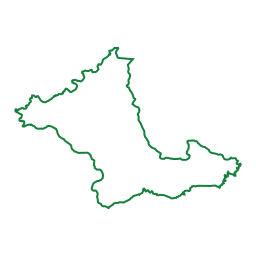 the district of Carrillo, Guanacaste, Costa Rica
{"feature_id": "36466004B81157491697278", "entity_name": "Carrillo", "entity_type": "district", "adm_level": 2, "iso_a3": "CRI", "parent_name": "Costa Rica", "parent_adm1": "Guanacaste", "projection": "mercator", "projection_center": [-85.608, 10.481], "detail": "fine", "context": "isolated", "style": "outline", "palette": "green", "viewbox_px": 256, "rotation_deg": 0, "n_neighbors": 0, "source": "geoboundaries", "source_scale": "gbopen_adm2", "svg_char_len": 5789}
<svg xmlns="http://www.w3.org/2000/svg" viewBox="0 0 256 256"><path d="M228.0,174.4L228.2,173.0L228.6,172.4L228.9,173.3L233.4,174.7L234.5,175.8L235.4,175.7L235.3,174.8L234.3,174.2L234.2,173.6L234.5,173.1L235.6,172.6L235.4,171.6L236.5,171.2L237.7,170.2L237.2,169.0L237.0,167.8L237.4,167.7L238.5,168.4L239.0,166.3L240.1,165.9L240.6,164.9L240.6,164.0L240.3,163.7L239.9,163.8L239.4,164.5L239.1,164.6L237.4,164.1L236.7,163.6L236.7,163.1L238.0,161.0L236.4,160.0L235.8,158.6L234.7,158.1L232.0,158.4L231.0,157.6L230.6,157.8L229.8,159.0L227.9,159.6L226.7,159.6L224.6,159.2L223.4,157.7L222.8,155.8L222.2,155.1L220.3,154.4L218.2,154.7L216.7,153.9L212.2,153.0L210.4,152.3L209.6,151.7L209.0,150.1L207.9,149.2L206.1,148.0L204.9,147.0L202.9,146.7L200.6,145.5L199.1,144.0L197.9,143.1L197.2,141.7L196.7,141.3L195.3,141.2L194.3,140.5L188.7,140.7L187.9,141.0L187.3,141.6L187.8,143.5L188.6,144.4L188.8,146.0L188.6,148.4L187.0,151.5L186.8,153.1L187.2,154.1L189.4,155.3L189.6,155.5L189.6,156.5L189.0,158.0L187.1,159.4L185.6,159.9L182.2,159.8L180.3,158.5L177.1,159.0L173.9,159.0L170.6,158.6L167.7,157.8L165.5,157.9L164.4,158.8L162.3,158.8L161.0,158.5L160.2,157.9L160.0,157.5L160.0,156.2L160.7,154.1L160.7,153.3L156.7,150.9L156.0,149.8L154.6,148.6L152.9,148.1L151.5,147.3L149.2,145.1L148.5,143.6L148.5,141.9L148.3,141.5L147.2,140.1L146.7,138.8L145.0,136.7L144.4,134.5L144.3,131.2L142.3,127.4L140.9,123.9L138.5,120.0L138.7,117.7L138.5,116.2L137.8,114.8L137.8,113.9L139.0,112.3L139.3,111.1L139.3,109.2L138.3,107.4L135.8,106.5L132.5,104.2L132.5,103.4L135.2,99.5L135.2,98.9L134.2,98.4L133.5,97.7L133.2,96.0L132.7,94.5L131.8,93.3L131.5,92.2L129.9,90.3L129.1,88.1L128.8,87.6L127.5,87.0L126.8,86.1L126.8,85.7L127.2,85.1L128.1,84.7L128.8,83.1L128.8,82.1L128.4,81.1L128.5,80.0L129.4,78.4L130.2,75.7L129.7,74.1L128.9,73.3L128.2,72.1L128.3,70.7L128.8,68.9L128.0,65.6L128.0,64.7L132.9,59.2L118.9,58.0L117.8,57.5L117.2,56.5L116.9,55.1L116.0,53.5L115.9,52.2L116.6,50.7L118.2,48.4L118.0,47.9L114.5,48.0L113.7,48.9L111.6,50.6L110.7,50.5L109.4,50.8L109.7,52.7L110.4,53.8L110.2,54.6L109.8,54.7L109.1,54.3L107.9,56.3L105.6,58.0L104.4,58.5L102.9,59.7L102.2,62.7L100.7,64.7L100.0,64.7L99.4,64.2L98.7,64.2L98.4,64.5L97.4,66.6L98.0,67.6L98.4,69.5L96.4,71.6L95.3,72.0L92.5,72.2L91.6,70.0L91.1,69.8L88.6,71.0L86.5,70.9L85.2,70.5L84.6,71.0L82.5,71.5L82.1,72.0L82.3,72.6L82.2,73.1L82.9,73.3L83.4,74.0L83.2,74.7L83.5,75.1L83.6,75.7L84.1,76.4L84.2,77.1L84.0,78.2L82.3,80.5L81.1,81.4L80.6,81.4L79.1,80.8L78.1,81.0L75.2,79.8L73.9,80.3L73.4,80.0L72.4,80.5L72.0,81.2L72.4,81.9L72.4,82.6L73.5,82.9L73.9,83.4L74.8,83.4L75.4,83.7L76.8,85.0L77.0,85.9L76.9,86.9L75.7,89.3L72.7,91.2L71.6,91.8L70.2,91.9L69.3,91.3L69.1,90.7L67.4,89.2L65.8,88.7L64.6,90.4L64.5,91.3L63.6,91.4L63.2,92.2L62.9,92.3L63.0,93.3L62.0,93.5L61.7,94.1L58.6,94.1L58.3,94.7L57.8,95.2L55.7,95.2L55.6,96.0L54.3,95.9L53.9,96.9L52.6,97.6L51.3,99.1L50.1,99.6L48.6,100.7L45.3,102.2L43.1,102.1L40.8,100.4L38.1,96.3L37.2,96.1L36.3,97.0L35.6,97.0L35.2,96.8L34.2,95.7L33.4,95.5L32.1,95.5L31.8,98.2L30.6,98.2L29.9,99.3L29.9,99.7L30.8,100.9L30.8,101.7L29.1,103.3L28.6,104.7L28.1,105.4L26.4,105.4L26.0,105.7L25.8,106.1L26.7,107.3L25.8,108.6L24.0,108.8L22.4,107.9L21.9,107.9L21.0,108.6L19.3,109.0L18.5,109.9L17.9,110.3L16.9,110.3L16.8,109.5L16.4,109.3L15.8,109.3L15.5,109.7L15.4,110.6L15.5,111.4L16.8,112.2L17.8,112.5L19.5,113.7L21.3,114.3L22.0,115.1L21.2,117.8L20.2,118.2L19.5,119.0L19.4,120.3L19.7,120.8L21.1,121.0L21.8,120.8L21.9,121.3L23.8,121.2L24.2,121.7L24.2,123.7L22.8,125.8L22.7,126.2L23.0,126.5L24.4,126.5L25.6,125.7L26.6,125.5L27.1,125.1L27.8,124.8L30.2,124.6L30.6,125.0L31.5,124.6L32.6,125.6L33.9,126.0L34.9,126.8L36.2,128.3L38.0,128.7L42.0,128.6L42.2,128.8L43.1,128.7L46.3,127.2L47.2,126.4L48.2,125.9L50.6,126.2L51.7,126.6L56.0,128.9L57.1,131.2L57.8,134.0L59.3,136.4L61.2,137.9L63.9,139.2L65.0,140.8L69.8,144.2L71.1,145.4L71.8,148.7L74.5,151.5L75.6,151.7L77.7,152.7L78.8,152.9L87.3,152.7L88.6,153.3L90.6,155.3L90.7,156.1L91.9,159.1L93.7,160.0L94.3,160.7L94.0,165.3L94.7,166.4L94.8,168.0L96.9,169.6L98.1,169.7L99.6,169.5L100.5,170.0L102.2,171.9L102.2,172.5L103.1,174.9L102.7,178.1L102.1,178.5L101.2,179.8L98.8,181.0L97.3,181.0L93.8,183.0L93.1,184.0L92.0,187.1L91.7,188.9L92.5,190.0L93.3,190.6L94.1,190.8L94.6,190.5L95.3,190.5L96.1,190.8L97.5,192.9L97.6,194.8L97.0,196.7L97.3,197.3L97.9,200.5L97.9,201.9L98.3,202.7L100.8,203.8L101.6,205.3L102.3,205.9L103.5,206.3L105.1,206.2L107.4,207.3L108.2,208.1L108.7,208.0L109.3,206.8L110.3,206.5L111.6,205.3L112.3,205.2L113.9,203.5L115.4,202.9L118.0,202.9L119.8,202.2L123.5,202.5L124.6,202.1L126.8,200.8L127.6,200.7L128.3,200.1L129.8,199.5L130.7,198.3L132.0,197.5L133.4,196.0L136.2,195.3L138.7,194.4L139.4,194.8L140.2,193.9L142.0,193.1L142.4,192.7L143.1,191.0L143.1,189.4L143.8,188.7L144.3,188.7L145.0,189.9L145.3,190.9L145.7,191.3L146.4,191.3L147.1,190.4L147.9,190.2L148.4,190.5L149.0,191.7L150.3,192.7L151.8,191.2L152.6,191.8L153.0,193.5L154.2,194.0L156.7,193.9L156.8,194.9L157.2,195.2L158.4,195.3L159.7,194.8L163.8,195.1L169.1,197.1L170.9,198.2L173.2,198.4L174.6,197.8L176.1,197.9L176.8,197.0L178.1,196.8L179.0,195.9L180.1,195.7L182.0,193.8L182.8,194.3L184.5,194.5L184.4,193.9L183.2,193.0L183.0,192.4L184.5,191.6L184.9,190.8L185.3,190.7L188.1,190.7L188.8,190.9L188.9,191.1L189.3,191.0L190.3,190.0L190.2,188.1L191.8,187.1L192.1,186.3L192.5,186.1L193.8,186.1L195.3,186.4L196.4,186.0L198.8,185.8L208.2,185.9L209.2,186.1L212.5,185.7L215.6,185.6L217.2,186.6L218.3,186.7L218.7,187.3L219.6,187.7L220.1,186.6L220.3,185.6L222.3,184.7L222.2,183.8L222.4,183.6L223.8,183.3L223.2,182.1L223.3,181.3L224.9,181.1L225.6,180.7L225.5,180.4L224.1,180.3L223.8,180.0L224.7,178.2L226.0,177.4L225.0,176.7L224.6,175.8L224.8,175.2L225.2,175.3L226.2,176.3L226.6,176.3L227.7,176.0L227.4,175.1L227.6,173.5L228.0,174.4Z" fill="none" stroke="#15803d" stroke-width="2"/></svg>